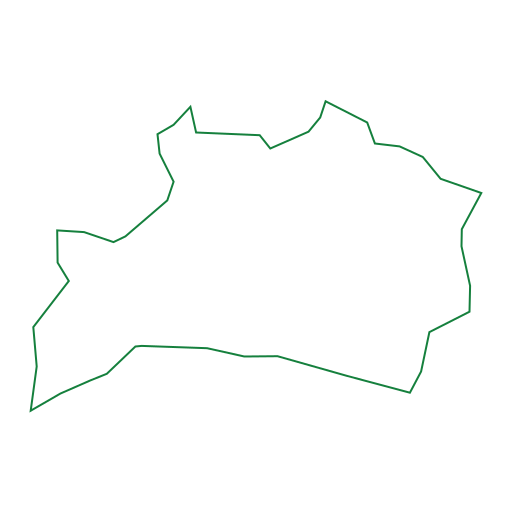 Gazaoua, Maradi, Niger (Mercator projection)
{"feature_id": "23599985B75774451533542", "entity_name": "Gazaoua", "entity_type": "district", "adm_level": 2, "iso_a3": "NER", "parent_name": "Niger", "parent_adm1": "Maradi", "projection": "mercator", "projection_center": [7.924, 13.438], "detail": "fine", "context": "isolated", "style": "outline", "palette": "green", "viewbox_px": 512, "rotation_deg": 0, "n_neighbors": 0, "source": "geoboundaries", "source_scale": "gbopen_adm2", "svg_char_len": 657}
<svg xmlns="http://www.w3.org/2000/svg" viewBox="0 0 512 512"><path d="M30.7,410.7L60.5,393.5L90.4,380.4L106.8,373.8L135.4,346.5L141.6,345.9L207.1,348.2L244.3,356.5L277.5,356.2L347.4,376.0L409.9,392.7L413.5,385.9L421.1,371.5L429.4,332.1L469.5,311.7L470.1,285.8L461.5,246.3L461.8,229.2L481.3,193.0L440.6,178.8L422.8,157.0L399.6,146.4L374.9,143.5L367.2,122.5L325.6,101.3L320.2,117.5L308.5,131.7L270.3,148.5L259.7,135.2L196.1,132.5L190.4,106.8L173.6,124.8L157.5,134.2L159.6,153.6L173.6,181.7L167.3,200.4L125.4,236.4L113.5,242.1L84.1,232.1L57.2,230.4L57.6,262.6L68.8,281.0L33.3,327.1L36.7,366.5L30.7,410.7Z" fill="none" stroke="#15803d" stroke-width="2"/></svg>